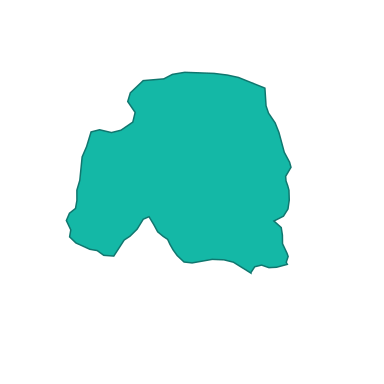 an SVG outline of Miaoli, rotated 140°
{"feature_id": "TWN-1165", "entity_name": "Miaoli", "entity_type": "County", "adm_level": 1, "iso_a3": "TWN", "parent_name": "Taiwan", "parent_adm1": "", "projection": "equal_earth", "projection_center": [120.946, 24.52], "detail": "fine", "context": "isolated", "style": "filled", "palette": "teal", "viewbox_px": 384, "rotation_deg": 140, "n_neighbors": 0, "source": "natural_earth", "source_scale": "10m", "svg_char_len": 1073}
<svg xmlns="http://www.w3.org/2000/svg" viewBox="0 0 384 384"><g transform="rotate(140 192 192)"><path d="M69.4,224.7L79.9,210.4L82.7,203.2L83.9,191.5L87.2,181.6L95.8,163.1L98.1,152.1L100.3,147.3L110.2,143.8L112.9,140.0L114.6,135.4L116.6,131.0L122.7,123.3L129.4,117.3L137.5,114.7L147.9,117.1L146.5,107.4L150.5,100.8L155.9,94.2L158.6,84.0L159.8,80.8L165.0,77.6L165.5,75.3L175.6,80.0L181.7,84.6L185.7,91.3L192.0,94.4L198.7,92.4L199.0,92.0L205.4,111.6L211.1,119.5L219.8,127.4L237.5,137.6L243.1,143.5L244.2,152.8L243.7,159.7L242.6,165.8L241.1,171.4L242.6,176.5L243.9,183.5L242.2,191.8L240.8,200.7L246.8,202.5L258.0,198.8L267.9,198.0L274.8,198.8L293.1,193.2L300.3,200.2L302.3,208.1L307.1,213.8L313.7,227.6L314.6,236.3L309.2,240.9L306.6,250.9L299.5,254.5L291.8,254.3L285.6,259.5L279.0,267.4L270.4,273.1L253.6,289.5L243.6,294.5L230.7,302.9L222.8,299.1L215.5,289.3L206.7,285.0L192.4,283.6L184.4,289.5L183.1,302.6L175.5,307.6L157.8,308.7L140.9,296.8L131.4,294.7L120.7,288.4L98.8,268.6L89.7,258.8L82.8,249.9L69.4,224.7Z" fill="#14b8a6" stroke="#0f766e" stroke-width="1.5"/></g></svg>